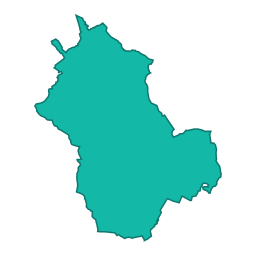 Valea Danului, Arges, Romania
{"feature_id": "2599482B29743473178057", "entity_name": "Valea Danului", "entity_type": "district", "adm_level": 2, "iso_a3": "ROU", "parent_name": "Romania", "parent_adm1": "Arges", "projection": "natural_earth1", "projection_center": [24.617, 45.19], "detail": "fine", "context": "isolated", "style": "filled", "palette": "teal", "viewbox_px": 256, "rotation_deg": 0, "n_neighbors": 0, "source": "geoboundaries", "source_scale": "gbopen_adm2", "svg_char_len": 5487}
<svg xmlns="http://www.w3.org/2000/svg" viewBox="0 0 256 256"><path d="M216.3,157.4L216.0,153.0L216.5,149.5L215.5,145.2L213.9,143.1L213.1,143.1L210.9,143.1L210.8,141.8L210.4,139.4L210.0,136.6L209.8,134.9L209.5,134.6L210.0,133.5L210.4,132.4L210.8,131.3L207.1,131.3L204.9,131.4L202.8,130.3L197.8,129.0L193.9,129.1L187.9,130.5L186.0,130.3L183.2,133.5L182.2,133.7L181.9,133.8L181.1,133.8L179.5,133.9L178.9,134.6L178.5,135.1L173.6,137.1L172.1,135.0L172.1,134.5L171.9,133.1L172.4,130.9L174.1,129.4L166.6,118.4L164.5,115.1L162.8,116.1L162.1,115.7L161.7,113.3L158.7,111.0L156.9,105.6L151.2,103.0L148.9,98.8L147.7,91.9L147.7,87.9L147.7,87.0L147.2,86.1L146.9,84.9L146.3,84.1L145.2,82.5L144.8,80.8L145.7,79.0L145.6,77.4L146.2,76.6L146.8,75.7L147.5,74.7L148.5,74.2L149.8,73.2L150.5,72.9L149.5,72.2L149.4,71.4L149.1,70.6L148.0,68.0L148.3,67.3L147.9,66.4L148.1,66.1L148.8,64.8L149.4,64.2L150.3,64.1L151.2,64.1L152.1,62.5L152.6,61.9L152.8,60.7L153.1,60.2L152.0,59.7L151.3,59.6L150.5,59.4L150.1,59.4L149.7,59.3L148.1,58.5L147.7,58.1L145.2,55.7L143.4,54.9L142.0,54.2L141.2,53.9L141.1,53.6L140.6,53.5L139.9,52.8L139.2,52.2L138.7,51.9L136.7,51.4L135.6,51.0L135.1,50.3L134.3,50.5L133.4,50.3L132.4,50.0L131.6,50.3L131.0,50.9L130.1,51.3L129.1,51.3L128.3,50.9L127.7,51.1L126.8,50.9L126.1,51.2L125.6,51.2L125.2,50.4L124.8,50.1L124.4,49.9L124.0,49.9L123.8,50.2L123.4,49.8L123.0,49.4L123.2,48.9L122.6,48.2L121.9,47.8L121.6,47.4L121.6,47.0L121.5,45.6L121.5,45.4L121.2,44.5L120.6,43.8L120.5,43.5L119.8,42.9L119.2,42.7L118.8,42.2L118.5,41.6L117.8,40.9L117.5,40.7L117.1,40.5L116.2,39.8L115.9,39.7L115.3,39.7L115.0,39.4L114.7,39.2L114.0,38.6L113.9,38.7L110.6,36.6L106.1,31.2L106.9,27.5L102.8,23.1L102.4,23.5L102.0,24.0L101.8,23.8L101.5,23.9L101.2,24.0L100.7,24.6L100.0,25.1L97.8,25.8L97.7,25.6L97.2,25.8L96.7,25.9L95.8,26.6L95.4,26.6L94.8,27.6L94.6,27.4L94.0,27.4L93.6,27.9L93.2,27.7L92.9,28.1L92.5,28.1L91.7,28.6L91.0,28.6L90.0,29.9L89.4,29.8L89.2,29.8L88.5,30.1L88.0,29.1L87.6,29.1L87.1,28.2L86.8,27.0L87.5,26.9L87.7,26.7L88.0,26.6L87.8,26.4L88.0,25.9L87.4,25.7L87.0,25.3L86.5,24.8L86.5,24.5L86.2,24.5L85.6,24.9L85.2,24.8L84.7,24.3L85.0,23.3L85.3,23.3L85.4,22.3L84.3,21.4L83.5,20.8L83.2,20.1L82.7,19.2L82.7,18.3L82.0,18.1L76.1,15.4L77.1,18.7L78.7,23.9L79.6,27.1L80.3,30.8L81.4,32.0L79.5,34.0L80.3,36.7L81.1,38.3L79.7,41.0L78.9,42.7L77.8,43.7L78.0,45.6L76.2,45.7L75.4,46.6L74.4,47.3L73.1,47.3L71.7,47.8L70.4,48.6L68.9,49.1L68.3,49.6L66.2,52.0L66.1,52.6L63.5,50.6L62.0,49.2L62.0,46.8L60.9,45.5L60.3,44.0L59.0,42.4L58.5,41.1L56.9,40.1L55.8,39.1L53.0,40.5L51.4,41.3L52.0,42.8L52.1,43.9L53.8,45.2L56.0,47.1L56.9,49.0L59.2,51.4L60.6,53.4L61.8,53.2L64.4,57.6L63.7,58.9L55.3,65.2L55.2,67.1L54.2,67.9L57.2,69.8L57.9,70.3L58.5,70.6L58.8,71.4L58.5,72.2L58.6,72.6L59.2,72.6L59.7,72.0L60.5,71.6L61.2,71.6L61.7,72.1L62.1,73.1L61.3,73.9L60.4,74.3L59.3,74.9L58.7,75.2L58.0,75.5L58.0,76.0L58.2,76.5L58.3,77.0L57.1,77.4L58.2,79.0L57.4,81.8L55.9,82.3L55.9,83.9L51.9,86.5L52.3,88.8L50.8,88.8L49.1,89.1L48.6,90.8L48.8,92.6L49.3,93.5L48.9,94.4L48.6,96.2L45.1,100.7L42.7,102.4L40.0,103.3L36.2,104.0L34.9,105.9L36.8,109.4L36.8,111.2L39.0,114.1L41.2,115.9L43.4,116.8L45.0,117.5L46.2,118.9L47.7,120.0L52.2,120.2L52.7,122.2L53.7,124.5L54.3,125.6L55.5,126.1L57.2,126.6L58.1,128.6L58.7,129.3L60.3,129.8L68.5,134.9L68.7,135.1L68.9,136.3L69.0,138.2L70.7,140.7L70.8,141.0L70.6,141.8L70.7,142.2L71.7,144.3L73.9,145.2L75.9,145.8L78.4,146.6L79.7,146.6L79.4,147.4L78.4,149.8L78.1,150.7L78.9,153.8L79.6,155.6L80.6,157.4L81.4,159.2L79.4,159.5L77.1,159.6L77.4,160.6L77.8,161.0L78.1,161.6L78.8,162.2L79.7,162.9L80.0,163.2L80.4,164.1L79.6,166.4L79.0,166.6L78.6,166.9L78.4,167.4L78.1,168.1L78.2,168.7L78.4,170.2L77.9,171.5L77.5,172.4L77.0,173.5L77.0,175.4L76.8,176.9L77.0,179.1L77.1,180.9L77.5,182.7L77.7,186.2L77.2,188.3L76.8,190.7L76.5,191.5L76.6,192.0L77.5,192.4L78.7,192.7L80.1,193.2L81.7,194.0L82.8,194.3L84.7,196.7L84.7,198.9L85.2,199.1L86.6,204.2L86.3,206.7L86.9,207.5L87.6,208.3L87.8,208.7L88.2,209.0L88.8,209.4L89.8,209.7L90.3,210.1L90.6,210.6L90.9,211.1L91.5,211.1L92.3,211.4L92.3,213.3L92.3,214.5L92.1,215.8L92.1,216.4L92.9,217.2L93.6,218.2L94.0,218.5L95.4,219.3L95.8,219.9L96.3,222.5L96.9,224.1L97.1,225.5L97.4,227.2L97.8,228.2L97.9,229.6L97.7,231.5L100.5,231.8L103.5,231.8L106.7,231.9L110.5,232.4L114.8,232.8L117.0,235.5L118.9,234.6L120.1,235.8L121.6,236.7L122.1,236.7L124.2,238.3L125.0,238.5L125.5,237.9L129.1,237.1L130.9,237.7L132.1,238.2L134.7,237.4L142.2,236.0L142.8,237.3L143.6,238.7L144.5,239.8L144.4,240.6L146.1,239.7L147.5,239.1L149.3,237.6L151.4,236.2L150.8,233.4L150.4,231.6L150.5,230.0L154.7,226.1L154.7,224.9L156.7,223.9L157.2,223.3L157.3,222.2L156.6,221.9L156.6,221.1L157.4,220.0L158.1,220.7L158.5,219.9L158.1,218.1L158.8,217.2L161.3,212.5L160.2,210.3L167.3,198.6L174.3,201.5L176.1,201.8L179.1,202.8L182.0,196.1L190.4,200.6L191.4,200.3L192.1,196.6L193.4,196.5L196.0,195.9L197.7,192.8L198.1,191.2L199.0,191.0L200.0,190.9L200.3,189.8L200.5,189.0L200.4,187.9L200.6,187.5L202.0,185.7L202.1,185.0L203.4,183.1L205.1,183.2L206.9,183.7L208.5,184.9L208.1,185.3L208.1,186.9L205.7,186.6L203.3,187.0L202.8,187.1L202.8,188.2L203.2,189.2L204.0,189.7L207.4,191.0L208.9,193.1L210.1,193.1L210.8,190.4L211.6,188.6L212.9,186.7L214.9,186.3L216.3,185.0L216.9,183.6L216.5,182.4L217.2,181.2L217.7,180.1L218.2,179.4L218.4,178.5L220.8,177.0L221.0,174.7L221.1,173.6L220.6,172.7L220.4,170.4L219.7,166.6L218.9,165.2L217.0,162.6L216.6,161.5L216.1,160.9L216.0,160.3L216.4,159.5L216.6,158.8L216.3,157.4Z" fill="#14b8a6" stroke="#0f766e" stroke-width="1.5"/></svg>